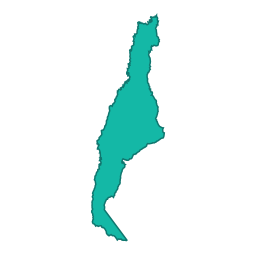 Santa Rita do Araguaia, Goiás, Brazil
{"feature_id": "56859067B2197394896359", "entity_name": "Santa Rita do Araguaia", "entity_type": "district", "adm_level": 2, "iso_a3": "BRA", "parent_name": "Brazil", "parent_adm1": "Goiás", "projection": "equal_earth", "projection_center": [-53.069, -17.251], "detail": "fine", "context": "isolated", "style": "filled", "palette": "teal", "viewbox_px": 256, "rotation_deg": 0, "n_neighbors": 0, "source": "geoboundaries", "source_scale": "gbopen_adm2", "svg_char_len": 5822}
<svg xmlns="http://www.w3.org/2000/svg" viewBox="0 0 256 256"><path d="M129.4,64.4L130.0,65.3L128.6,66.4L129.0,67.5L128.7,68.3L128.1,68.6L127.4,68.5L127.8,70.5L127.2,71.3L126.7,72.9L126.8,73.7L128.1,72.7L128.7,72.8L128.9,74.0L127.9,74.2L127.8,75.0L127.9,75.9L128.8,75.6L129.5,76.1L129.9,76.7L129.8,77.6L129.4,78.3L129.5,79.2L128.7,79.4L129.0,80.5L128.5,81.1L127.8,80.2L127.5,81.0L126.6,81.0L126.9,82.9L126.2,82.6L125.6,81.8L124.9,82.1L125.0,83.7L124.0,84.2L124.1,85.6L123.0,85.3L123.4,86.5L123.2,87.3L122.4,86.9L121.6,87.6L120.7,87.9L121.3,89.2L120.7,89.9L120.1,89.4L119.5,89.2L118.8,89.4L118.3,90.5L117.4,91.1L117.9,91.8L117.4,92.4L117.5,93.5L117.7,94.5L117.1,95.5L117.0,96.4L116.2,97.1L116.0,98.2L115.6,99.0L114.9,99.3L114.8,100.4L115.2,101.5L114.7,102.1L114.2,102.5L113.9,103.5L113.1,103.8L112.6,104.3L112.6,105.1L112.2,106.3L111.4,105.8L110.8,105.6L109.5,106.4L109.3,107.8L109.4,109.1L109.7,110.4L109.5,111.5L108.9,112.9L108.2,116.0L107.6,116.7L107.4,117.6L107.4,119.6L106.7,120.1L106.4,121.0L106.4,123.0L105.6,125.4L104.9,125.9L104.6,127.6L103.5,129.9L102.8,130.2L102.2,130.1L101.4,130.6L101.8,133.9L101.7,134.8L99.8,137.0L99.2,137.5L99.0,139.4L98.3,140.0L97.6,140.3L97.0,140.9L97.3,142.6L97.1,143.6L97.8,143.5L98.5,144.4L97.9,144.4L98.3,145.1L98.9,145.2L97.5,148.2L97.5,149.0L98.3,148.7L99.4,149.9L100.1,152.3L99.6,152.9L100.2,153.1L100.4,155.4L100.2,157.4L99.7,157.9L100.3,158.4L101.2,157.9L101.4,159.3L99.8,159.8L99.5,160.6L100.5,160.8L101.1,163.0L100.6,164.0L100.7,164.8L100.0,165.2L99.7,164.0L99.1,164.4L99.2,165.4L99.0,166.5L99.1,167.9L99.4,168.8L98.6,169.3L97.9,169.5L97.7,171.3L97.0,171.9L96.5,172.7L95.8,175.5L95.0,176.1L94.9,178.2L94.4,179.8L95.2,180.8L95.8,184.5L95.3,185.4L94.9,187.8L94.3,188.8L94.1,189.8L93.6,190.7L92.8,192.7L92.6,193.5L93.0,194.2L93.2,195.2L92.7,195.7L92.3,196.8L93.0,198.3L93.1,199.4L92.3,200.9L92.0,202.2L92.2,204.0L92.0,205.1L92.1,206.3L92.1,207.4L92.2,208.2L92.7,208.9L92.5,209.7L91.9,210.4L91.7,212.0L92.8,214.1L92.7,215.0L93.3,216.6L92.9,217.4L93.4,219.2L92.8,219.9L92.7,220.9L92.4,221.5L92.6,222.8L93.2,223.7L94.1,223.9L94.8,224.6L95.7,226.1L96.4,225.6L97.4,225.7L98.2,226.4L99.1,226.0L101.0,225.7L101.5,226.1L101.9,227.3L102.6,227.6L103.5,227.5L105.0,229.1L106.2,231.3L106.5,233.3L107.6,234.9L108.5,235.2L109.0,235.8L111.1,234.6L112.4,235.7L113.3,235.6L114.2,235.9L115.0,236.6L116.7,238.9L117.3,240.0L118.4,239.0L120.2,239.3L120.9,239.1L121.5,239.3L122.1,240.2L122.8,240.1L123.6,240.3L125.1,240.2L126.2,240.6L126.9,240.1L104.3,209.7L104.6,208.0L104.6,206.8L104.1,205.4L104.4,204.1L104.8,203.4L105.0,202.5L106.5,199.3L107.5,199.2L108.2,197.6L110.3,197.0L111.1,196.2L112.8,196.6L113.5,197.3L113.8,196.2L114.7,195.1L114.5,194.1L114.9,193.3L115.2,192.6L115.8,192.3L115.9,191.5L117.7,188.8L117.8,186.9L118.4,186.2L118.7,185.1L119.6,184.3L120.1,183.0L120.0,181.5L120.2,180.2L120.2,179.4L120.6,178.1L120.5,176.3L121.4,172.4L121.9,171.8L122.3,169.6L122.8,169.0L123.3,168.1L124.1,167.7L124.7,167.0L124.8,166.2L124.7,165.0L125.3,164.5L124.3,164.1L123.8,162.3L123.2,162.0L122.8,163.1L122.0,162.9L121.9,161.5L122.4,159.9L123.1,158.8L125.2,159.9L125.8,159.6L126.4,160.2L128.1,160.3L128.9,159.9L129.7,158.8L130.5,158.9L131.2,158.7L131.8,158.2L133.4,154.6L134.0,154.3L135.0,154.4L135.5,153.7L136.4,153.7L136.9,152.7L139.3,151.3L140.2,149.9L141.7,149.2L143.1,148.1L143.8,147.9L144.5,147.2L145.2,147.1L146.6,145.9L146.8,144.6L147.7,143.6L148.5,143.8L149.7,143.7L152.2,143.2L152.8,142.7L153.7,142.9L154.5,142.8L155.1,142.3L156.0,142.1L156.7,141.2L157.6,141.0L161.2,138.4L163.3,137.8L163.9,136.1L164.3,132.9L163.3,132.5L162.8,131.5L162.7,129.4L163.3,127.9L162.5,127.9L160.3,126.8L159.5,126.3L158.5,124.9L157.6,123.1L157.2,121.7L156.6,121.1L156.6,119.9L156.0,119.5L155.6,118.4L156.6,116.6L157.5,113.5L157.6,112.3L158.1,111.5L157.9,110.1L157.8,107.7L158.1,107.1L157.0,105.5L156.7,104.5L156.6,103.6L156.2,102.7L156.4,101.1L155.9,100.1L155.2,99.7L154.1,97.9L153.5,96.7L152.3,95.1L151.5,95.1L152.3,94.0L152.4,92.9L152.1,92.0L150.7,91.8L150.5,89.2L149.8,89.6L149.3,88.7L149.6,87.8L149.6,86.4L148.8,85.6L148.8,84.5L148.5,83.5L147.9,83.2L147.5,81.9L147.6,81.1L147.4,80.2L147.7,78.9L147.3,78.1L147.1,77.0L147.1,74.5L147.8,73.6L147.9,72.5L148.8,72.1L149.6,70.0L150.3,69.3L149.8,68.5L149.6,67.5L150.5,66.6L149.6,65.1L150.1,63.6L150.4,61.7L150.0,58.0L149.5,57.3L148.6,55.0L148.7,54.0L149.1,53.3L148.9,52.1L149.4,52.6L150.2,52.0L150.2,50.7L151.1,49.7L151.6,49.9L151.4,48.9L151.5,48.1L151.1,47.2L151.7,45.9L152.3,46.4L152.9,46.1L154.0,45.2L156.0,45.9L157.8,45.4L158.2,44.4L158.5,42.5L159.3,41.4L158.7,40.4L159.3,39.8L158.5,38.8L158.4,37.7L158.0,37.0L157.0,36.2L156.7,35.4L156.8,34.3L156.4,31.7L156.3,29.8L155.8,29.1L155.6,28.2L156.1,27.2L156.7,26.4L156.8,25.7L156.5,25.0L157.2,24.6L157.8,24.9L157.8,23.8L157.5,22.8L158.0,22.3L158.3,21.2L157.7,21.3L157.3,19.2L157.6,18.4L157.3,17.3L156.5,16.6L156.5,15.4L156.0,16.1L155.3,16.2L155.5,17.0L153.8,17.0L152.6,17.4L150.9,16.8L150.6,17.5L151.4,18.3L151.5,19.4L151.9,20.1L152.0,20.9L151.5,21.7L150.9,22.0L151.0,21.1L151.0,20.3L150.1,19.7L149.4,20.2L150.1,21.7L149.8,22.5L148.0,21.9L148.5,23.8L147.1,24.7L146.4,24.4L145.7,23.3L144.6,23.8L143.5,23.9L142.6,23.2L141.6,23.4L140.8,22.5L140.3,23.2L139.7,23.4L139.5,22.6L139.1,21.9L138.5,22.1L137.8,22.6L138.3,25.3L138.3,26.4L137.7,26.9L137.9,27.8L138.3,28.5L137.7,28.8L137.4,29.5L137.0,31.9L137.1,32.9L136.7,33.6L136.2,34.0L134.7,34.1L135.0,35.2L135.0,36.1L134.4,35.5L133.2,36.5L133.5,37.6L134.0,38.4L134.0,39.2L133.2,41.3L134.1,41.7L133.6,43.8L133.8,44.7L132.9,45.6L132.0,46.0L131.5,46.8L131.8,48.0L131.6,49.8L131.3,50.8L130.6,51.2L130.5,50.4L130.2,49.7L129.7,50.3L130.0,51.7L129.9,52.8L130.1,53.9L130.2,55.0L129.9,56.2L130.1,57.4L130.5,58.5L129.8,59.4L129.9,60.6L130.5,61.2L129.7,62.7L130.0,63.6L129.4,64.4ZM129.4,64.4L129.0,63.7L128.3,63.8L128.4,64.7L129.4,64.4Z" fill="#14b8a6" stroke="#0f766e" stroke-width="1.5"/></svg>